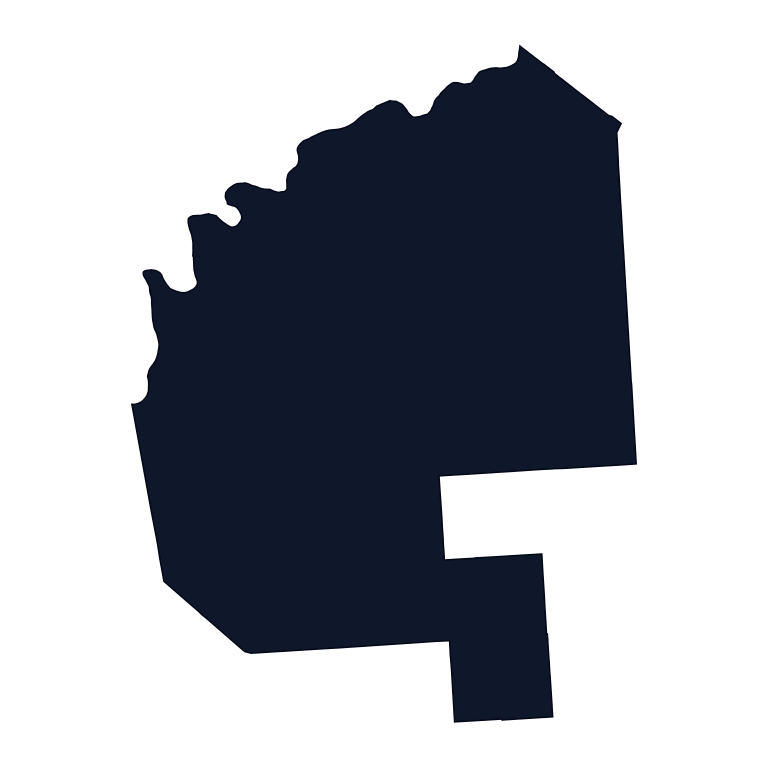 Norwood Payneham and St Peters, South Australia, Australia
{"feature_id": "25037944B5908676794620", "entity_name": "Norwood Payneham and St Peters", "entity_type": "district", "adm_level": 2, "iso_a3": "AUS", "parent_name": "Australia", "parent_adm1": "South Australia", "projection": "orthographic", "projection_center": [138.63, -34.908], "detail": "fine", "context": "isolated", "style": "filled", "palette": "ink", "viewbox_px": 768, "rotation_deg": 0, "n_neighbors": 0, "source": "geoboundaries", "source_scale": "gbopen_adm2", "svg_char_len": 5983}
<svg xmlns="http://www.w3.org/2000/svg" viewBox="0 0 768 768"><path d="M251.0,653.2L260.9,652.6L276.3,651.6L282.2,651.3L300.9,650.1L325.3,648.6L340.8,647.7L350.8,647.0L360.5,646.4L376.4,645.3L400.8,643.7L437.5,641.2L449.6,640.7L450.3,655.0L451.3,666.7L451.5,669.3L454.6,721.9L486.4,720.0L501.1,719.1L502.1,719.1L502.1,720.0L515.7,719.1L533.1,718.0L542.8,717.4L544.0,717.4L545.3,717.3L552.7,716.8L552.5,714.0L552.1,707.5L552.0,706.3L552.0,705.2L551.4,696.2L551.3,694.6L551.2,693.0L550.3,679.1L550.1,676.0L550.0,675.3L549.9,674.6L549.1,660.9L548.9,658.9L548.4,650.8L548.2,647.9L547.9,643.3L547.9,642.0L547.4,635.0L547.3,633.8L546.5,633.8L545.9,623.5L544.9,607.4L544.2,594.0L543.0,575.3L542.8,571.8L541.8,554.0L517.0,555.5L494.1,556.9L475.5,557.9L473.7,558.3L460.9,559.0L444.4,560.0L444.3,558.6L443.8,550.5L443.3,543.9L443.1,538.4L442.4,528.5L441.8,517.3L440.9,503.9L439.5,483.7L439.0,475.9L453.3,475.0L458.4,474.7L465.8,474.3L470.4,474.0L478.4,473.5L482.8,473.2L491.0,472.7L496.5,472.3L503.2,471.9L511.5,471.4L515.8,471.1L524.7,470.5L538.0,469.6L543.4,469.3L549.9,469.0L555.0,468.6L561.5,468.5L573.4,467.8L581.4,467.3L587.9,466.9L621.2,464.9L636.2,463.9L634.2,429.8L631.6,384.5L631.1,380.5L630.7,372.3L630.6,371.3L630.2,363.9L629.6,355.1L628.3,332.2L628.0,328.1L626.4,299.8L625.7,288.4L624.9,275.2L624.4,266.1L624.2,263.0L623.5,250.8L622.9,241.9L621.3,213.6L620.5,201.2L619.3,180.0L618.8,171.8L618.3,164.1L618.3,162.2L617.6,147.0L616.8,133.4L616.8,132.4L621.1,123.5L611.8,116.3L610.5,116.1L608.6,115.5L598.7,107.8L587.9,99.4L584.8,97.0L575.9,90.2L567.3,83.4L555.0,73.9L553.5,71.7L544.0,64.4L543.9,64.6L533.2,56.4L522.4,48.0L519.9,46.1L519.9,47.4L519.0,52.3L518.7,56.3L517.6,60.5L516.5,62.1L515.4,63.4L511.6,65.6L507.1,67.5L500.5,68.3L496.1,67.9L491.8,68.2L489.4,68.7L481.4,71.2L479.6,72.0L478.8,72.8L475.3,77.3L473.6,80.5L471.4,83.0L470.3,83.5L464.6,84.3L463.1,84.1L457.7,82.7L454.1,82.6L452.8,82.9L450.6,84.1L447.3,86.7L445.5,88.7L441.2,92.8L439.0,96.0L437.0,97.8L434.6,101.3L433.7,104.4L432.8,106.6L432.1,107.7L431.8,108.4L431.0,110.6L427.6,114.2L423.3,115.3L420.2,116.5L415.0,117.3L413.3,117.1L411.6,116.1L408.4,113.0L406.2,109.4L403.1,105.6L402.8,105.2L400.8,103.5L399.8,103.2L396.2,101.4L391.2,101.1L390.1,100.6L380.0,104.8L379.9,104.9L378.6,105.4L377.0,106.0L376.2,106.7L374.1,108.7L373.1,109.6L371.7,110.1L370.0,110.7L368.0,111.7L364.9,113.7L361.0,116.6L359.0,118.3L356.0,121.0L353.8,122.9L351.0,124.6L348.3,126.1L344.8,127.6L341.7,128.5L339.4,129.1L336.4,129.5L333.4,129.8L329.8,130.1L326.8,130.7L322.6,132.1L318.0,134.1L316.3,135.0L312.2,136.8L308.8,138.8L303.5,140.9L301.1,143.1L298.5,146.0L297.5,148.3L297.3,150.6L298.8,156.1L298.9,159.6L298.1,163.9L296.3,166.5L295.3,167.5L293.8,168.3L289.5,172.2L288.0,174.4L286.8,179.6L287.1,188.7L286.6,189.7L284.8,191.4L283.9,191.7L281.2,191.9L279.3,192.3L278.0,192.4L273.6,191.1L269.8,189.4L264.3,189.2L260.1,188.3L257.7,187.2L254.6,186.1L252.1,185.6L247.9,183.7L245.3,183.0L244.1,183.0L243.1,183.3L237.2,183.6L234.1,184.9L230.5,187.3L228.3,189.2L226.1,192.2L225.7,193.0L225.3,196.8L225.7,198.4L227.2,201.7L227.4,203.8L228.3,204.3L232.1,205.6L234.9,206.2L236.2,207.0L237.4,208.2L239.2,210.5L241.1,214.1L241.8,216.9L241.4,219.6L240.5,221.3L238.0,224.6L236.7,225.8L235.3,226.6L233.1,227.1L232.1,227.2L230.6,226.9L227.8,225.5L225.0,223.5L222.9,222.2L218.5,218.3L216.0,215.7L213.1,215.0L210.5,214.5L209.0,214.3L208.9,213.8L204.9,214.5L201.7,215.3L199.8,215.5L197.0,215.5L195.0,215.7L193.0,215.8L191.0,216.5L189.9,217.2L188.9,218.0L188.3,218.9L188.2,220.4L188.2,222.9L188.9,226.1L189.8,229.6L190.9,232.3L191.8,235.4L192.4,238.6L192.8,241.1L193.0,243.0L193.0,245.7L193.0,249.1L193.1,250.0L193.0,253.6L192.8,256.0L193.6,256.0L193.5,257.5L194.1,269.7L195.5,276.1L196.8,279.4L197.5,281.8L197.3,284.2L195.6,287.2L192.8,289.5L187.5,292.1L184.5,292.7L181.1,292.6L176.2,291.3L172.7,289.9L170.4,288.8L169.9,288.4L169.6,288.2L169.0,287.5L168.5,286.9L168.3,286.6L168.2,286.4L167.9,286.2L167.7,285.8L167.5,285.6L167.2,285.2L167.0,284.9L166.7,284.6L166.6,284.3L166.4,284.1L166.3,283.9L166.0,283.6L165.9,283.3L165.2,282.4L165.1,282.2L164.9,281.9L164.8,281.7L164.5,281.2L164.3,280.9L163.9,280.2L163.6,279.7L163.4,279.4L163.3,279.1L162.7,277.9L162.5,277.3L162.2,276.5L162.1,276.2L161.8,275.5L161.7,275.2L161.5,274.9L161.2,274.4L160.8,274.0L160.7,273.8L160.5,273.6L159.9,272.9L159.7,272.7L158.8,272.1L158.2,271.7L157.9,271.5L157.6,271.4L157.4,271.3L157.2,271.2L156.3,270.8L155.8,270.7L155.4,270.5L154.4,270.3L153.3,270.1L152.0,270.0L151.7,269.9L151.3,269.9L151.0,270.0L150.4,270.0L150.1,270.0L149.4,270.1L149.1,270.1L148.7,270.2L147.4,270.3L146.6,270.5L145.8,270.6L145.3,270.8L144.7,271.0L144.4,271.1L144.2,271.3L143.7,271.6L143.4,272.0L143.3,272.6L143.2,272.8L143.2,273.3L143.4,274.4L143.4,274.7L143.5,274.9L143.6,275.5L143.8,275.9L143.9,276.2L144.4,277.0L144.5,277.3L144.7,277.6L145.0,278.0L145.4,278.7L146.0,279.7L147.5,282.5L147.6,282.9L148.1,283.7L148.4,284.4L148.9,285.3L149.0,285.5L149.2,285.8L149.4,286.7L149.5,287.5L149.6,288.0L149.6,288.5L149.7,288.9L149.7,290.2L149.8,290.9L149.8,291.3L150.0,292.2L150.3,293.5L150.4,294.1L150.7,294.9L151.0,295.6L151.1,296.0L151.7,299.1L151.7,303.3L152.1,308.9L152.2,310.9L152.2,311.7L152.5,317.4L152.7,319.4L153.0,321.4L153.4,323.4L153.7,325.1L153.8,325.6L153.9,326.1L154.1,327.1L154.4,328.1L154.8,329.4L155.5,330.7L155.7,331.0L156.3,332.5L156.7,333.5L157.3,335.6L157.7,337.4L157.9,337.9L158.7,341.5L159.0,343.4L159.1,344.3L159.1,344.8L159.1,345.5L159.0,346.4L158.9,347.1L158.7,348.6L158.2,351.4L158.0,352.8L157.4,355.5L157.0,356.7L156.6,358.0L156.0,359.5L155.7,360.3L154.9,361.6L153.4,364.0L150.9,367.1L150.2,368.3L149.0,370.7L147.6,376.3L148.4,379.9L148.7,382.4L148.5,390.8L147.5,394.1L146.9,395.7L145.6,397.6L143.1,400.5L141.0,402.1L137.8,403.6L134.6,404.4L131.8,404.3L132.1,405.6L133.6,413.7L151.2,510.7L153.5,522.7L157.0,540.8L158.3,548.7L159.5,556.8L160.9,564.7L162.4,572.6L163.9,581.3L199.1,611.9L201.8,614.6L207.0,618.8L244.6,651.5L251.0,653.2Z" fill="#0f172a" stroke="#020617" stroke-width="1.5"/></svg>